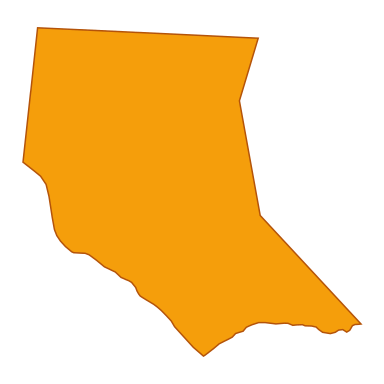 Arvaixeer, Övörhangay, Mongolia (Robinson projection)
{"feature_id": "93677404B27145008288474", "entity_name": "Arvaixeer", "entity_type": "district", "adm_level": 2, "iso_a3": "MNG", "parent_name": "Mongolia", "parent_adm1": "Övörhangay", "projection": "robinson", "projection_center": [102.807, 46.251], "detail": "fine", "context": "isolated", "style": "filled", "palette": "amber", "viewbox_px": 384, "rotation_deg": 0, "n_neighbors": 0, "source": "geoboundaries", "source_scale": "gbopen_adm2", "svg_char_len": 1414}
<svg xmlns="http://www.w3.org/2000/svg" viewBox="0 0 384 384"><path d="M260.2,215.5L239.4,100.8L246.4,77.5L247.3,74.5L258.2,38.2L240.9,37.4L204.2,35.6L200.0,35.4L168.6,33.9L142.8,32.7L141.1,32.6L135.2,32.4L133.9,32.3L37.6,27.8L30.9,90.3L30.6,92.4L23.0,162.2L33.5,170.4L40.6,176.2L46.1,184.4L49.0,196.4L50.7,207.3L51.6,213.2L51.8,214.4L52.2,217.1L54.4,229.3L54.9,230.8L55.7,232.7L56.8,235.6L60.5,241.1L65.4,246.5L71.7,251.8L73.7,252.7L80.9,253.1L85.2,253.3L89.1,254.8L96.3,260.1L104.4,266.8L109.5,269.2L111.5,270.2L115.3,272.0L120.8,277.2L121.0,277.4L124.3,278.8L125.5,279.4L128.8,280.7L131.6,282.4L133.6,284.9L135.7,287.5L137.1,291.2L138.7,294.0L140.2,296.0L142.3,297.4L147.0,300.3L153.7,304.3L157.4,307.1L161.3,310.5L166.1,315.4L171.2,320.9L174.6,326.7L193.3,347.3L203.1,355.8L203.5,356.1L205.1,355.1L213.9,348.3L219.2,343.8L224.5,341.1L227.4,339.7L228.4,339.2L231.4,337.6L232.3,337.1L235.6,333.5L236.3,333.3L239.1,332.4L241.8,331.6L243.1,331.2L246.3,327.3L248.6,326.2L252.1,324.7L258.6,322.6L265.3,322.6L275.9,323.9L284.3,323.2L288.0,323.3L292.8,325.3L296.6,324.9L302.5,324.7L305.1,325.8L311.4,326.0L313.0,326.3L313.6,326.5L316.1,327.0L318.7,329.5L322.6,332.3L330.3,333.6L335.3,332.3L338.6,330.1L342.8,329.6L346.7,332.1L349.7,330.3L350.8,328.5L351.3,327.6L352.4,325.7L352.5,325.6L353.0,325.4L355.0,324.5L358.4,324.3L360.1,324.1L361.0,324.0L260.2,215.5Z" fill="#f59e0b" stroke="#b45309" stroke-width="1.5"/></svg>